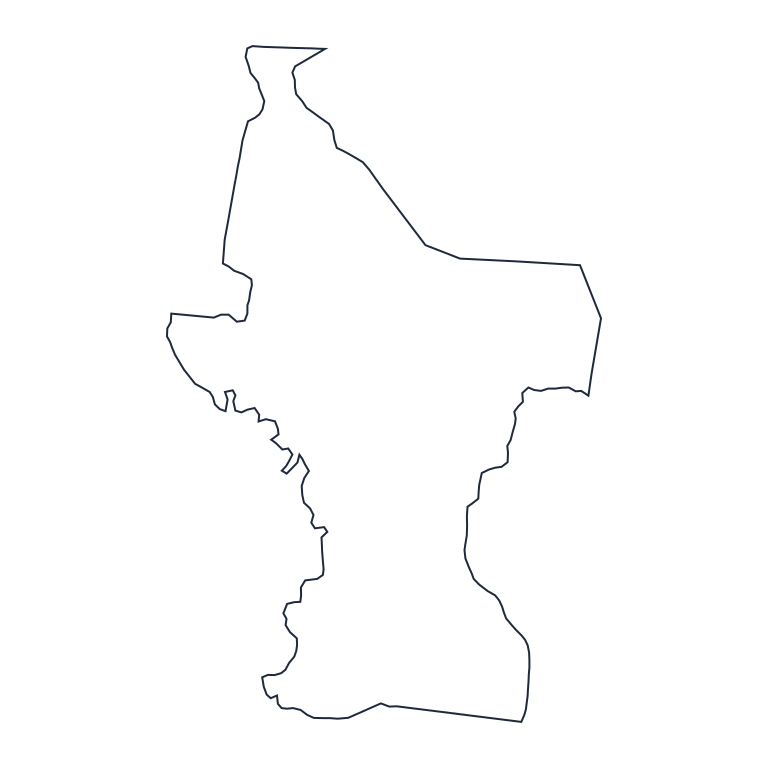 Santo Amaro, Bahia, Brazil (orthographic projection)
{"feature_id": "56859067B18701352119559", "entity_name": "Santo Amaro", "entity_type": "district", "adm_level": 2, "iso_a3": "BRA", "parent_name": "Brazil", "parent_adm1": "Bahia", "projection": "orthographic", "projection_center": [-38.783, -12.548], "detail": "fine", "context": "isolated", "style": "outline", "palette": "slate", "viewbox_px": 768, "rotation_deg": 0, "n_neighbors": 0, "source": "geoboundaries", "source_scale": "gbopen_adm2", "svg_char_len": 2901}
<svg xmlns="http://www.w3.org/2000/svg" viewBox="0 0 768 768"><path d="M325.0,48.9L318.6,48.7L312.8,48.4L297.3,48.0L290.5,47.8L282.7,47.5L263.7,46.9L252.5,46.1L247.3,48.4L245.6,56.9L248.7,65.8L250.5,73.0L254.5,77.8L258.2,82.8L259.1,88.2L261.2,93.3L264.3,101.1L262.5,109.3L259.4,114.3L255.1,117.7L248.0,121.3L242.5,140.4L239.6,158.1L237.9,166.1L236.1,176.7L235.0,182.3L228.2,220.6L224.7,239.6L222.9,263.5L228.7,266.5L234.2,270.8L243.3,274.1L251.3,279.3L251.9,285.3L250.2,292.3L249.1,300.3L247.4,305.3L247.4,313.5L244.7,320.6L236.8,321.7L228.7,314.7L220.9,314.7L213.8,317.6L171.3,313.6L170.8,322.3L167.3,328.5L167.0,336.5L170.1,342.0L172.1,347.7L175.0,354.7L184.0,369.7L195.1,383.8L201.7,387.4L209.7,392.0L212.9,397.1L214.9,404.4L219.8,409.1L225.5,411.2L227.6,399.5L225.0,392.0L232.7,390.3L235.4,395.3L233.3,401.2L235.4,410.6L241.4,412.4L247.3,409.7L254.6,408.0L259.2,414.7L258.6,421.5L265.8,419.2L275.0,421.3L277.9,428.8L278.5,434.4L271.2,439.7L276.1,443.3L282.4,449.5L288.2,448.5L292.4,454.5L289.0,461.2L286.0,466.3L281.8,470.7L286.7,473.6L291.9,468.3L297.4,462.6L299.4,454.7L302.5,459.2L304.9,464.2L308.9,471.0L304.3,478.0L301.7,485.9L302.3,495.1L304.0,502.8L310.0,508.3L313.5,515.0L311.3,522.7L314.9,528.3L324.1,527.1L327.3,531.9L321.5,537.4L321.8,543.0L322.1,551.0L322.9,561.2L323.6,569.2L322.9,574.9L317.2,578.9L305.2,580.4L300.9,587.5L301.1,595.6L300.3,601.8L294.0,602.2L287.1,603.9L283.4,613.3L286.5,618.9L285.6,625.1L290.0,632.2L296.8,638.3L297.1,644.8L296.3,650.8L294.3,656.6L289.0,663.1L285.4,669.8L281.1,673.2L274.5,675.1L267.9,674.9L262.2,677.3L263.8,686.9L266.7,694.6L270.7,698.2L277.0,695.5L277.9,703.8L281.6,708.1L287.1,708.7L293.0,708.1L300.5,709.9L307.2,714.9L313.8,717.9L322.1,718.1L329.5,718.1L337.7,718.7L348.3,717.8L380.9,703.4L389.3,706.6L396.7,706.3L521.3,721.9L524.4,714.7L525.9,709.3L526.7,703.1L527.6,696.1L527.9,690.5L528.5,681.9L528.8,674.7L529.4,667.6L529.4,660.1L529.1,652.6L527.7,645.4L525.1,639.9L521.6,635.5L515.9,629.8L511.3,624.6L506.1,618.4L503.9,612.5L502.1,606.7L499.2,600.5L495.2,595.4L487.7,591.1L479.1,584.5L473.7,578.9L471.7,573.4L469.1,567.7L465.4,558.4L464.5,550.1L465.3,544.5L466.8,535.5L467.1,525.7L466.9,516.5L467.5,506.8L472.8,503.0L478.3,498.7L478.6,492.7L479.2,485.0L481.8,473.0L489.3,469.4L495.2,467.7L501.6,466.8L507.6,462.2L508.0,453.0L507.3,445.9L510.6,440.1L512.8,431.6L515.0,423.9L515.7,418.5L514.3,411.8L518.2,406.5L522.9,401.8L522.3,393.0L528.4,387.5L534.1,390.0L541.0,390.9L548.2,388.6L555.3,388.6L562.2,387.7L568.8,387.5L575.7,391.3L581.2,390.9L588.4,395.7L591.5,374.0L601.0,318.3L580.0,265.2L521.8,261.7L512.9,261.2L460.0,258.6L440.8,251.1L425.5,245.2L383.0,189.1L369.2,169.6L362.8,162.2L356.0,158.1L349.4,154.3L343.4,151.0L336.8,147.9L334.4,140.2L332.9,130.5L329.0,123.9L319.5,117.2L313.1,112.5L306.5,107.8L302.3,101.3L296.2,94.2L295.0,87.5L294.8,79.9L292.4,72.6L295.1,66.4L325.0,48.9Z" fill="none" stroke="#1e293b" stroke-width="2"/></svg>